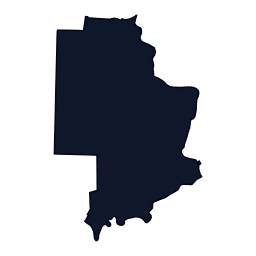 the district of Ograda, Ialomita, Romania
{"feature_id": "2599482B18669147098615", "entity_name": "Ograda", "entity_type": "district", "adm_level": 2, "iso_a3": "ROU", "parent_name": "Romania", "parent_adm1": "Ialomita", "projection": "mercator", "projection_center": [27.562, 44.65], "detail": "fine", "context": "isolated", "style": "filled", "palette": "ink", "viewbox_px": 256, "rotation_deg": 0, "n_neighbors": 0, "source": "geoboundaries", "source_scale": "gbopen_adm2", "svg_char_len": 4991}
<svg xmlns="http://www.w3.org/2000/svg" viewBox="0 0 256 256"><path d="M171.2,193.7L175.4,191.3L177.0,190.4L177.9,189.6L178.3,189.1L178.8,188.1L179.4,186.8L180.0,185.8L180.5,185.2L181.0,184.8L181.7,184.5L182.6,184.3L183.8,184.2L185.6,184.3L187.8,184.3L189.8,184.5L190.9,184.5L191.6,184.4L192.2,184.2L192.6,183.8L193.3,182.9L194.0,182.1L194.8,181.4L195.4,180.5L196.2,179.7L196.6,179.3L197.1,179.1L197.7,178.9L198.5,178.4L199.2,178.0L200.1,177.5L201.6,176.6L200.9,175.5L200.3,174.6L198.6,169.2L198.6,168.4L198.7,167.8L198.7,167.4L198.7,166.9L198.4,165.6L200.6,163.7L199.3,161.1L198.3,161.5L197.3,161.9L196.9,161.8L195.7,160.0L195.3,159.9L191.5,159.1L188.5,158.4L184.1,156.9L183.6,156.2L182.8,155.2L182.0,153.9L181.5,153.1L181.2,150.4L182.1,149.0L184.0,147.0L184.3,144.2L184.9,142.4L185.8,140.2L186.2,138.8L186.5,137.8L187.2,135.5L187.8,133.1L188.4,131.4L188.7,130.3L188.8,129.5L189.1,128.9L189.4,128.5L189.6,127.7L189.6,127.4L189.6,127.2L189.7,125.9L190.0,124.9L190.2,121.8L190.4,120.8L190.8,120.0L190.9,119.8L191.3,119.5L191.8,119.1L193.3,118.6L194.8,116.5L195.7,112.0L196.1,110.0L196.2,108.2L196.1,107.0L196.3,104.3L196.5,102.2L196.6,100.4L196.8,99.4L197.0,98.7L197.7,96.7L198.1,96.6L198.1,96.2L198.1,95.9L198.1,95.6L198.4,94.6L198.7,93.7L198.7,92.7L198.5,91.7L198.1,90.6L196.7,89.1L195.6,88.4L193.9,87.7L191.8,87.2L189.6,87.1L186.7,87.1L182.9,87.4L180.9,87.5L173.8,87.3L170.3,86.8L169.8,86.6L166.4,84.7L164.6,82.5L163.1,81.4L161.9,80.4L157.5,77.8L154.6,76.8L153.8,76.4L153.6,75.1L153.4,72.0L153.0,69.7L152.9,68.3L153.5,66.3L153.4,64.0L153.0,62.2L152.5,60.7L152.3,59.5L152.3,58.7L153.4,56.7L154.4,55.1L155.1,53.2L155.5,51.6L154.6,49.2L154.3,48.2L154.1,47.7L153.7,47.3L153.1,47.3L150.8,45.8L147.7,44.2L143.1,42.3L141.5,41.4L140.9,40.5L140.1,38.6L140.0,36.9L140.4,35.2L141.3,33.7L141.4,32.3L141.3,30.3L141.3,29.9L141.0,28.7L140.3,27.8L139.7,27.7L137.0,26.2L135.7,25.2L135.0,24.0L134.7,23.3L134.6,22.5L135.1,20.7L135.5,18.6L136.2,17.2L136.3,16.3L136.2,15.5L136.3,15.4L136.2,15.4L135.9,15.6L135.6,15.8L135.3,16.1L134.8,16.6L134.6,16.7L134.5,16.8L134.4,16.9L134.2,16.9L134.1,17.0L133.5,17.2L133.3,17.3L133.1,17.4L132.8,17.6L132.4,17.9L132.0,18.2L131.5,18.2L130.9,18.4L129.9,18.9L128.8,19.2L128.3,19.5L128.0,19.4L126.5,19.6L125.5,19.6L124.7,19.6L122.9,19.2L121.9,18.9L121.2,20.3L120.6,20.1L117.9,19.1L117.2,18.8L116.7,18.6L116.2,18.5L115.6,18.5L115.0,18.4L114.4,18.3L113.6,18.4L112.6,18.6L112.0,18.6L111.6,18.7L111.4,18.8L111.3,19.2L110.0,19.2L110.0,19.3L98.0,18.6L94.0,18.3L88.0,17.9L87.8,17.7L87.7,17.5L87.7,16.8L85.6,16.6L83.6,30.7L73.6,30.4L68.4,30.3L66.1,30.3L65.7,30.3L61.3,30.2L58.3,30.2L57.6,30.2L57.6,30.4L57.5,30.9L57.3,31.5L57.3,32.2L57.2,36.5L57.1,36.9L57.0,41.1L57.0,41.4L57.0,44.1L56.9,45.5L56.9,46.0L56.9,46.4L56.9,46.7L56.9,46.9L56.8,51.5L56.2,75.8L55.9,86.6L55.4,111.5L55.2,120.2L54.7,139.1L54.4,153.6L54.4,153.9L81.8,154.6L97.0,155.1L97.2,177.9L97.2,182.6L97.3,190.3L96.9,190.5L91.5,192.1L89.7,192.6L90.0,198.3L90.1,200.8L90.0,201.1L90.0,202.3L90.2,205.6L90.4,209.0L90.3,209.3L87.7,214.0L87.4,214.5L88.5,215.0L87.2,217.4L86.6,218.6L86.0,219.8L85.6,220.7L85.3,220.7L85.2,220.9L84.9,221.3L85.9,222.2L87.6,223.5L88.9,224.3L90.0,225.1L90.9,225.7L91.3,226.7L91.9,227.5L92.5,228.5L92.9,229.5L93.2,230.1L93.7,231.7L93.9,232.8L94.2,235.2L94.6,238.1L94.7,238.5L95.0,239.2L95.3,239.6L95.5,240.0L96.1,240.6L96.8,240.6L97.3,240.3L97.6,239.9L98.0,239.1L98.4,237.9L98.4,236.8L98.7,234.9L98.9,233.8L99.7,231.8L100.3,230.5L100.7,229.4L101.2,228.0L102.2,226.3L102.6,225.7L103.4,225.0L104.4,224.5L105.3,224.3L106.1,224.5L106.7,225.1L107.3,225.7L108.2,226.3L109.0,226.5L109.7,226.3L110.2,225.8L110.5,225.2L110.6,224.4L110.4,223.6L110.0,223.0L109.5,222.4L108.8,221.8L108.3,221.3L108.2,220.4L108.3,219.6L108.8,219.2L109.7,219.4L110.6,219.5L111.2,219.1L111.8,218.5L112.2,218.0L112.8,217.1L113.6,216.5L114.3,216.2L114.8,216.2L115.2,216.5L115.7,217.1L116.1,217.6L116.4,218.3L116.6,218.9L116.7,219.8L116.7,220.7L116.6,221.6L117.0,222.8L117.4,223.5L117.6,223.9L118.7,224.6L119.8,225.0L120.6,225.1L121.3,225.2L122.2,225.1L122.8,224.9L123.2,224.7L123.5,224.4L123.9,224.0L124.2,223.3L124.4,222.5L124.2,221.7L124.1,221.3L124.2,221.0L124.5,220.6L124.9,220.1L125.3,219.6L125.8,219.3L126.6,219.0L127.3,218.6L128.2,218.3L130.0,217.9L131.4,217.7L132.4,217.5L133.2,217.3L135.2,216.8L137.5,216.8L141.1,217.8L142.4,218.6L143.7,219.9L144.6,221.0L145.4,222.1L146.2,222.5L146.9,222.5L147.7,222.0L148.3,221.5L149.3,220.8L150.0,219.9L150.8,218.7L151.1,217.6L151.1,216.7L151.0,215.8L150.6,215.0L149.9,214.3L149.3,213.6L148.9,212.8L148.9,212.0L149.2,211.6L149.7,211.0L150.0,210.7L150.7,210.0L151.2,209.5L151.8,208.7L152.2,208.3L152.3,207.9L152.4,207.4L152.5,206.7L152.6,206.0L152.5,205.4L152.5,204.6L152.6,203.9L152.8,203.1L153.2,202.6L153.6,202.0L154.2,201.7L154.9,201.5L155.6,201.3L156.2,201.1L156.7,200.8L157.4,200.5L158.1,200.2L159.2,199.7L159.9,199.4L161.2,199.0L161.9,198.7L163.7,198.1L164.7,197.6L165.6,197.2L166.4,196.7L169.6,194.6L170.6,193.9L171.2,193.7Z" fill="#0f172a" stroke="#020617" stroke-width="1.5"/></svg>